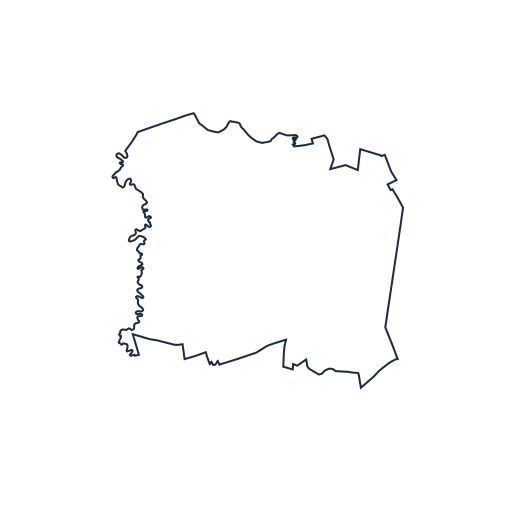 the district of Sepreus, Arad, Romania, rotated 60°
{"feature_id": "2599482B37424081846872", "entity_name": "Sepreus", "entity_type": "district", "adm_level": 2, "iso_a3": "ROU", "parent_name": "Romania", "parent_adm1": "Arad", "projection": "mercator", "projection_center": [21.705, 46.561], "detail": "fine", "context": "isolated", "style": "outline", "palette": "slate", "viewbox_px": 512, "rotation_deg": 60, "n_neighbors": 0, "source": "geoboundaries", "source_scale": "gbopen_adm2", "svg_char_len": 6144}
<svg xmlns="http://www.w3.org/2000/svg" viewBox="0 0 512 512"><g transform="rotate(60 256 256)"><path d="M280.4,411.5L280.8,410.6L281.8,410.7L283.0,406.8L262.1,401.8L275.3,389.2L278.7,384.8L291.9,371.2L293.9,368.1L295.7,363.7L309.6,369.4L312.3,358.2L314.2,347.6L319.0,348.8L326.4,350.1L326.5,348.7L325.5,348.0L325.4,347.5L329.0,347.5L329.8,345.6L328.6,343.2L327.8,342.0L327.8,341.6L328.9,342.0L330.0,341.7L331.9,342.0L332.0,340.9L335.7,324.6L339.8,304.2L339.4,291.6L340.3,286.0L343.5,271.8L348.4,276.4L353.5,280.1L365.5,287.7L372.6,280.9L368.2,277.9L371.6,275.1L370.7,264.3L377.1,266.7L380.1,266.4L390.0,260.9L390.9,257.9L389.6,253.6L390.0,249.8L390.5,248.3L391.5,246.9L392.6,245.9L395.8,244.4L395.9,244.0L402.6,233.8L404.4,231.8L408.4,226.1L410.0,226.3L422.5,231.0L419.2,213.8L417.0,206.9L415.3,195.4L415.1,191.5L415.2,189.3L415.3,187.3L416.0,184.7L414.9,184.7L404.6,182.9L382.5,179.7L381.9,179.3L306.5,119.3L287.7,104.5L275.4,104.2L266.4,104.5L266.3,106.4L259.8,106.2L260.5,96.4L250.4,96.7L232.8,93.9L232.2,97.4L231.3,97.6L215.6,112.3L232.5,124.9L222.1,132.9L217.9,148.2L211.3,140.5L196.8,137.3L190.6,135.7L189.1,135.8L185.7,136.5L182.3,149.3L187.0,150.4L184.3,158.6L180.2,168.2L177.9,168.5L177.8,168.2L177.9,167.5L178.5,166.8L178.4,166.1L177.9,165.6L176.8,165.8L175.9,166.3L175.3,166.0L174.9,165.6L175.4,164.6L175.4,163.9L175.0,163.3L174.5,163.4L173.8,164.0L173.4,165.3L172.7,165.5L172.2,165.1L172.5,163.4L173.8,161.9L173.9,161.2L173.8,160.6L173.5,160.4L172.8,160.3L171.5,160.9L170.6,161.8L170.3,162.9L167.1,168.8L161.2,174.1L160.9,176.2L162.0,179.9L162.5,182.2L162.5,183.6L163.8,186.0L162.9,189.5L161.9,191.8L161.2,194.1L156.9,198.4L151.7,200.8L147.3,202.2L139.8,203.5L137.3,204.3L135.2,204.3L134.5,203.9L132.9,204.0L131.9,204.6L128.7,208.0L127.6,209.8L126.6,210.4L126.3,210.9L126.4,212.0L129.4,217.1L130.2,219.7L130.4,222.1L130.2,225.5L130.1,226.5L129.8,227.3L127.4,230.2L122.7,234.8L115.5,237.5L113.2,238.7L111.0,238.8L103.5,238.4L101.2,238.6L99.4,245.4L97.2,257.4L93.8,273.7L93.9,274.4L93.2,277.1L89.5,296.6L91.2,299.0L95.3,306.9L99.6,316.7L102.5,316.6L103.5,316.8L104.7,317.2L105.6,317.8L106.0,318.4L106.1,319.0L105.7,320.1L105.1,320.8L104.4,321.2L101.5,321.8L99.3,322.8L98.5,323.3L98.2,324.0L98.2,325.2L98.4,326.0L99.0,326.5L99.7,326.8L100.6,326.9L102.3,326.2L103.8,325.2L104.9,324.6L107.3,323.9L107.7,324.0L108.0,324.4L108.1,324.9L107.2,326.6L107.1,327.1L107.3,327.5L107.6,327.6L108.3,327.4L110.0,325.9L110.5,325.7L111.0,325.8L111.2,326.1L111.9,328.9L112.9,330.3L113.6,332.9L113.5,335.0L113.7,336.0L115.1,340.2L115.6,340.7L117.0,340.7L117.4,340.4L117.5,340.0L117.2,338.8L117.3,338.3L117.8,337.8L118.4,337.7L120.7,338.6L123.0,339.2L125.3,339.5L126.1,339.3L127.7,338.3L129.4,337.6L130.0,337.2L130.1,336.4L130.0,335.7L129.4,334.6L127.2,332.6L126.1,330.9L125.6,329.5L125.5,328.3L125.7,327.1L126.0,326.5L126.8,326.2L127.8,326.2L128.3,326.5L129.0,327.1L130.1,328.8L130.6,329.3L131.1,329.3L131.6,329.1L131.9,328.7L132.2,326.9L132.6,326.2L133.3,325.8L134.0,325.7L136.6,326.3L137.9,326.3L143.5,323.4L144.1,323.4L145.6,322.9L145.9,322.9L147.9,324.2L149.3,324.6L151.1,324.3L153.2,323.6L154.9,323.5L155.3,323.8L155.7,324.6L155.8,325.2L155.6,327.4L155.7,328.5L156.1,329.5L157.2,330.4L158.5,330.7L159.3,330.6L159.8,330.2L160.9,327.5L161.6,327.0L162.0,327.0L162.4,327.8L162.3,328.4L161.1,330.5L161.1,331.1L161.4,331.4L163.4,331.2L165.4,331.7L166.7,332.5L167.4,332.4L167.9,331.9L168.0,330.9L167.9,328.8L168.1,328.5L168.9,328.0L169.8,327.6L170.1,327.7L170.3,328.0L170.2,329.6L170.3,330.7L170.6,331.4L171.2,331.6L171.7,331.7L172.3,331.5L172.9,331.7L173.3,331.7L173.8,331.1L174.5,331.2L175.6,331.8L177.0,331.7L177.8,332.5L177.8,333.2L177.4,334.0L176.8,334.5L174.1,335.3L173.5,336.0L173.8,336.7L176.2,337.6L176.4,338.1L176.6,343.9L175.1,345.1L173.2,346.1L173.0,346.7L173.1,347.4L173.8,347.8L175.6,348.3L176.5,349.0L176.9,350.1L177.0,351.2L176.4,354.2L176.6,355.5L178.4,358.0L179.1,358.4L179.8,358.4L180.5,357.8L180.9,356.6L181.3,354.7L181.4,352.2L180.4,349.1L180.2,347.3L180.8,346.2L182.8,344.3L184.6,343.4L185.7,343.1L186.5,343.2L186.6,343.6L186.7,345.0L187.1,345.6L189.3,346.3L189.7,346.7L189.8,347.3L189.5,347.9L188.3,349.1L188.0,349.7L187.9,350.6L188.4,351.7L189.1,352.7L189.9,354.9L191.4,356.1L192.1,356.1L193.7,355.3L195.6,355.5L196.4,354.0L197.1,353.7L197.6,353.8L198.0,354.3L198.1,355.7L198.3,356.1L200.2,357.0L200.5,357.6L200.5,359.2L200.7,359.9L201.2,360.2L201.9,360.2L205.1,358.3L205.8,358.3L206.3,358.6L206.6,359.3L206.4,361.6L206.4,363.1L206.8,364.2L207.2,364.7L207.6,364.8L208.0,364.7L208.4,364.0L208.3,361.3L208.9,360.1L209.4,359.7L210.2,359.6L210.7,359.8L210.9,360.5L210.8,362.0L211.1,362.5L213.0,363.1L213.8,363.5L214.9,364.7L215.7,365.8L216.0,366.6L215.7,367.3L214.7,368.7L214.8,369.0L215.1,369.2L216.9,368.9L217.7,369.2L218.8,371.1L219.5,371.6L220.9,371.7L221.6,371.6L222.9,370.9L224.3,369.8L225.1,369.6L225.9,369.9L226.3,370.6L226.3,371.6L225.6,374.1L225.7,375.2L226.3,376.0L227.1,376.2L228.2,376.1L231.1,374.9L234.2,374.0L234.8,373.9L235.3,374.2L235.7,374.7L235.5,375.5L233.5,377.1L232.0,378.0L231.5,378.8L231.2,379.7L231.4,380.4L232.0,380.6L234.7,380.0L235.5,380.3L236.7,381.3L238.2,382.0L239.5,382.2L241.1,381.9L243.6,380.8L244.9,380.5L246.0,380.5L246.5,381.0L246.8,381.9L246.6,383.2L244.9,385.5L244.5,386.7L244.5,387.6L244.9,388.4L245.6,388.7L246.5,388.4L247.2,387.5L247.8,385.7L248.4,384.7L249.4,384.1L250.3,384.1L250.7,384.5L250.6,385.4L249.3,388.1L249.3,388.9L249.9,389.5L250.7,389.9L252.2,390.1L253.8,389.8L254.4,389.9L254.8,390.3L255.0,390.9L254.2,393.4L254.2,394.5L254.4,395.4L254.9,396.0L257.7,397.7L258.2,398.6L258.2,400.0L257.9,400.7L256.0,401.5L255.5,401.8L255.1,402.4L255.1,405.3L254.8,405.9L253.3,407.6L252.9,408.5L252.7,409.4L253.0,410.6L254.1,411.8L254.9,412.1L255.0,413.1L255.4,413.6L255.9,413.8L256.9,413.9L257.2,413.7L257.4,412.9L257.8,412.9L258.7,413.4L261.1,416.8L262.2,418.1L262.8,418.1L264.0,417.1L265.5,416.9L265.7,416.6L265.3,414.7L267.7,412.0L269.4,412.0L271.3,413.4L273.3,415.3L273.9,415.5L274.3,415.2L275.0,411.1L275.3,410.6L275.6,410.3L276.4,410.3L276.9,410.8L277.7,412.5L278.3,414.4L278.6,414.8L279.1,414.8L279.8,414.4L280.1,413.4L280.4,411.5Z" fill="none" stroke="#1e293b" stroke-width="2"/></g></svg>